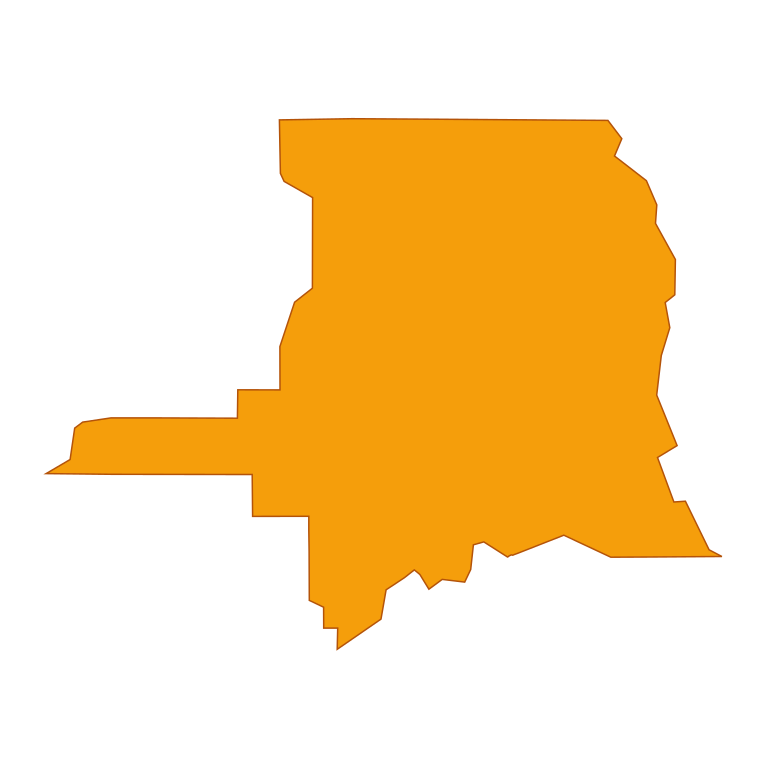 outline of St. Landry, Louisiana, United States of America
{"feature_id": "52423323B7471592660560", "entity_name": "St. Landry", "entity_type": "district", "adm_level": 2, "iso_a3": "USA", "parent_name": "United States of America", "parent_adm1": "Louisiana", "projection": "albers", "projection_center": [-92.032, 30.574], "detail": "fine", "context": "isolated", "style": "filled", "palette": "amber", "viewbox_px": 768, "rotation_deg": 0, "n_neighbors": 0, "source": "geoboundaries", "source_scale": "gbopen_adm2", "svg_char_len": 980}
<svg xmlns="http://www.w3.org/2000/svg" viewBox="0 0 768 768"><path d="M279.4,119.9L280.4,173.4L284.1,181.4L312.6,197.6L312.4,288.2L294.6,302.2L279.9,346.6L280.0,389.9L237.8,389.8L237.4,418.2L157.0,417.9L110.9,417.9L82.7,422.1L74.7,428.1L70.1,459.5L46.1,473.6L112.2,474.3L235.9,474.5L252.2,474.5L252.6,516.4L308.8,516.3L308.8,530.0L309.1,551.4L309.3,600.4L323.6,607.2L323.7,628.1L337.7,628.1L337.2,649.3L381.0,619.1L386.1,589.8L404.4,577.7L414.3,569.9L419.9,574.5L428.9,589.2L442.2,579.4L464.7,582.1L470.7,569.5L473.4,544.8L483.8,541.9L506.9,556.6L507.4,557.0L508.2,556.7L509.0,556.0L511.2,554.9L512.8,555.2L514.6,554.4L517.2,553.5L563.8,535.2L610.8,557.2L650.5,557.0L721.9,556.5L709.1,549.8L685.4,501.2L673.9,502.0L657.5,457.5L677.1,445.6L656.7,395.1L661.3,355.5L669.8,327.7L665.2,302.5L674.8,294.8L675.4,259.5L655.5,223.4L656.8,204.9L646.4,180.7L614.5,156.0L621.8,138.7L607.9,120.4L431.3,119.2L352.0,118.7L279.4,119.9Z" fill="#f59e0b" stroke="#b45309" stroke-width="1.5"/></svg>